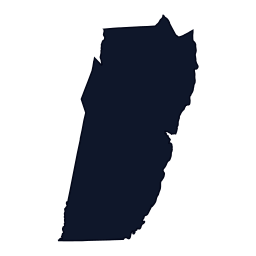 outline of Balaka, Balaka, Malawi
{"feature_id": "42251766B20450933672567", "entity_name": "Balaka", "entity_type": "district", "adm_level": 2, "iso_a3": "MWI", "parent_name": "Malawi", "parent_adm1": "Balaka", "projection": "equal_earth", "projection_center": [35.125, -15.031], "detail": "fine", "context": "isolated", "style": "filled", "palette": "ink", "viewbox_px": 256, "rotation_deg": 0, "n_neighbors": 0, "source": "geoboundaries", "source_scale": "gbopen_adm2", "svg_char_len": 5815}
<svg xmlns="http://www.w3.org/2000/svg" viewBox="0 0 256 256"><path d="M192.8,30.4L190.9,31.5L189.6,32.2L188.8,32.8L187.2,33.6L185.9,34.3L184.8,34.8L184.0,35.3L183.2,35.8L182.4,36.0L181.6,36.4L179.2,37.1L178.6,37.1L178.1,36.9L177.6,36.6L177.2,36.1L176.3,35.6L175.4,34.7L171.5,27.5L169.4,23.5L169.3,22.6L168.6,21.2L167.9,20.0L166.9,18.8L166.5,18.5L165.7,17.9L164.6,17.2L164.3,16.7L163.9,16.0L163.4,15.4L163.1,15.4L163.0,16.4L162.9,16.8L162.8,17.2L162.2,18.2L161.5,19.0L160.8,19.5L160.4,20.0L159.9,20.9L159.2,22.2L158.3,23.4L156.9,24.6L155.4,26.2L148.1,26.7L139.6,27.0L136.5,27.2L128.9,27.6L119.9,28.1L118.8,28.1L113.0,28.5L104.0,29.3L104.2,29.5L104.4,29.7L104.2,30.4L104.2,30.7L104.3,31.8L104.2,32.1L103.9,33.0L103.8,33.7L103.6,34.4L103.7,34.7L103.7,35.0L104.1,36.0L104.3,36.1L104.8,36.5L104.9,37.2L104.8,37.6L104.8,37.9L104.8,38.6L104.5,39.4L103.9,40.4L103.5,40.6L103.0,40.8L102.7,41.4L102.4,42.0L102.2,42.7L101.8,43.9L101.5,44.5L101.6,45.9L101.5,47.3L101.3,48.0L101.4,48.6L101.9,48.9L101.7,49.4L101.4,49.8L101.2,50.4L101.2,51.2L101.2,52.0L101.2,52.3L101.3,53.1L100.9,54.2L100.9,54.8L100.4,56.9L100.4,57.4L100.5,58.0L101.0,59.2L101.4,60.7L102.0,64.6L101.2,65.0L97.2,60.8L94.6,58.1L94.3,60.0L93.8,61.7L93.7,62.7L93.1,66.5L92.2,70.9L88.2,81.5L85.0,89.7L83.0,95.0L81.4,99.1L85.9,112.7L84.1,120.3L82.3,130.0L80.5,138.4L80.4,139.9L77.5,153.5L70.2,190.7L68.4,199.4L68.2,200.7L67.8,201.8L67.6,202.0L67.1,202.0L66.8,202.1L66.6,202.8L66.5,203.1L66.6,203.5L66.8,203.6L67.1,203.6L67.4,203.7L67.2,204.0L66.8,204.5L66.9,204.9L67.3,205.4L67.4,205.7L67.3,206.0L67.2,206.3L66.0,207.4L65.9,207.8L66.1,208.1L65.9,208.4L65.4,208.4L64.9,208.9L64.9,209.2L64.9,209.6L65.2,211.3L65.1,212.0L64.6,213.3L64.6,214.1L64.7,214.8L64.9,215.5L64.9,215.8L64.5,216.7L64.5,217.1L64.6,217.4L65.0,217.9L65.1,218.2L65.0,218.5L64.7,219.2L64.7,219.5L64.7,220.6L64.9,221.7L65.1,222.4L65.3,222.7L65.3,223.0L64.6,223.3L64.5,223.6L64.7,225.1L64.6,226.2L64.5,226.5L64.2,226.7L64.0,226.9L63.7,226.8L63.4,226.9L63.3,227.1L63.0,227.8L62.7,228.8L62.7,229.1L62.8,229.9L63.5,231.5L63.8,232.6L63.7,232.9L63.5,233.2L63.0,233.4L62.7,233.6L62.6,233.9L62.4,234.2L62.4,234.6L62.5,235.3L62.3,235.6L61.9,236.0L61.7,236.3L61.7,236.7L62.4,237.8L62.4,238.2L62.2,238.8L61.9,239.0L61.2,238.5L60.9,238.4L60.4,238.6L59.9,239.0L59.1,240.0L58.1,240.5L67.4,240.6L79.6,240.5L82.3,240.5L88.4,240.2L109.3,239.7L113.5,239.5L123.4,239.2L123.5,239.0L123.6,238.7L124.0,238.2L124.7,237.7L125.2,237.5L126.3,237.5L126.9,237.7L128.2,238.5L128.9,238.6L129.5,238.3L130.0,237.5L130.3,236.5L130.6,234.5L131.0,233.2L131.6,231.9L132.2,231.1L132.7,230.8L133.0,230.8L133.2,231.0L133.3,231.7L133.0,232.7L133.0,233.1L133.0,233.4L133.2,233.7L133.5,233.8L134.0,233.7L134.7,232.6L134.8,232.3L134.8,231.6L134.9,231.0L135.2,230.5L135.8,230.3L136.3,230.1L136.6,229.9L137.0,228.9L137.2,228.6L137.4,228.4L138.0,228.4L138.5,228.7L139.0,228.8L139.3,228.8L139.6,228.8L140.0,228.5L140.2,228.2L140.6,227.6L140.8,226.9L141.1,225.9L141.4,225.3L141.9,224.4L142.4,223.9L143.2,223.5L143.4,223.4L144.3,222.4L144.4,222.1L144.5,221.8L144.4,221.5L144.2,221.4L143.9,221.4L142.7,221.5L142.5,221.3L142.3,221.1L142.2,220.8L142.2,220.4L142.5,219.8L143.8,217.8L144.0,216.6L144.3,216.0L144.8,215.6L145.7,215.2L146.2,215.1L146.7,214.8L147.2,214.4L147.6,213.9L148.6,212.0L149.8,209.5L150.2,209.0L150.5,208.2L150.8,207.5L151.1,207.1L151.3,206.8L151.5,206.2L151.5,205.7L152.2,206.2L153.8,204.3L154.8,202.8L155.3,201.9L155.7,200.9L156.4,197.9L157.1,196.2L157.8,195.1L158.1,194.8L159.0,191.8L159.2,191.2L159.5,190.6L160.1,188.9L160.3,187.6L160.4,186.5L160.4,182.9L160.5,182.2L160.7,181.5L161.0,180.9L161.7,180.2L162.3,179.1L163.1,178.0L163.7,176.7L163.9,176.0L164.3,173.8L164.2,173.4L164.0,172.7L163.6,172.2L163.3,171.8L163.0,171.0L162.9,170.3L163.0,169.6L163.1,169.2L163.5,168.6L164.6,167.3L165.7,165.5L166.4,163.9L166.8,162.9L167.1,162.3L167.5,161.7L168.1,161.0L168.9,160.5L169.6,159.8L170.0,158.9L170.6,157.2L171.0,155.8L171.2,152.2L171.6,151.7L171.9,150.6L172.1,149.5L171.9,149.0L172.0,147.9L172.0,146.4L171.8,145.8L171.6,144.3L171.2,143.8L170.7,143.3L170.1,143.1L169.8,143.0L169.0,143.2L168.8,142.9L169.5,141.0L170.1,139.6L169.5,138.8L169.4,138.5L169.2,138.3L168.9,138.4L168.6,138.4L168.5,137.8L168.0,136.9L167.9,136.6L168.1,136.2L167.9,135.9L167.3,136.0L167.1,135.7L166.8,135.2L166.1,134.4L166.1,133.7L165.9,133.7L165.6,133.8L165.1,133.5L165.2,131.3L165.5,131.3L166.3,131.6L166.9,131.5L168.0,131.6L168.8,132.3L170.0,132.9L170.7,133.3L171.0,133.3L171.2,133.6L171.3,133.9L171.5,134.1L172.3,133.7L172.9,133.8L174.3,133.6L175.4,133.6L175.6,133.7L175.9,133.0L176.5,131.2L177.0,129.0L177.1,128.6L177.0,127.2L177.0,126.8L177.2,126.4L177.8,125.6L177.9,125.0L178.0,124.3L178.0,122.4L178.0,121.7L178.5,120.0L178.8,119.0L179.2,118.0L179.2,117.6L179.0,117.2L179.4,115.8L180.0,114.6L180.4,114.0L180.8,113.0L180.9,112.7L181.5,111.9L182.0,111.1L182.5,110.7L183.1,109.9L183.6,109.6L183.8,109.4L184.6,107.4L185.1,106.5L185.6,105.5L185.8,105.3L186.6,105.2L187.0,104.7L187.3,104.7L187.9,104.8L188.4,104.8L188.7,104.7L189.2,104.4L189.4,104.1L189.6,103.5L189.7,103.1L189.8,102.1L189.9,100.6L189.6,98.4L189.6,97.3L189.8,96.2L189.9,95.8L190.5,95.4L191.0,94.1L192.3,91.9L192.8,90.6L193.0,89.9L193.2,88.1L193.5,87.1L193.8,84.9L194.0,84.3L194.4,83.6L194.8,82.6L194.9,82.2L195.0,80.3L194.9,79.6L194.7,78.5L194.6,77.0L194.6,76.5L194.7,75.3L194.7,73.8L194.2,70.8L194.2,70.1L194.2,69.4L194.9,69.0L196.1,68.9L196.4,68.9L196.7,68.7L197.0,68.5L197.7,67.4L197.8,67.1L197.9,66.7L197.8,66.0L197.6,65.6L196.3,63.1L195.6,60.6L195.7,59.5L195.6,58.5L195.5,58.0L195.4,56.9L195.2,56.2L195.1,55.0L195.1,54.7L195.2,53.9L195.8,51.9L196.0,50.9L196.0,50.1L195.5,46.6L195.5,44.4L195.2,43.7L194.8,42.8L194.2,42.0L193.6,41.7L193.2,41.2L193.1,40.9L192.8,40.3L192.6,39.2L192.5,35.5L192.6,34.1L192.7,33.4L192.8,32.3L192.8,30.4Z" fill="#0f172a" stroke="#020617" stroke-width="1.5"/></svg>